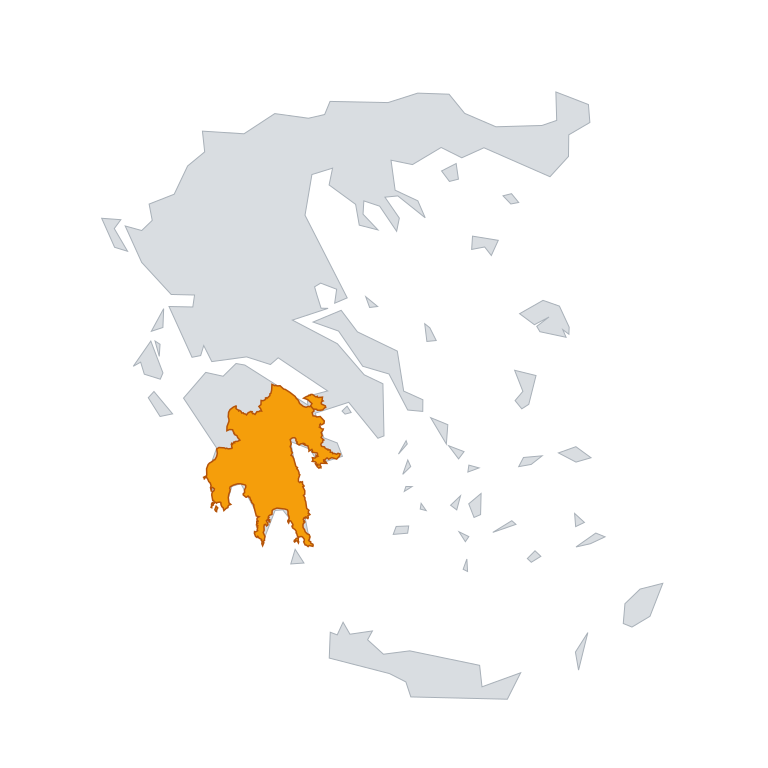 location of Peloponnisoy, Peloponnisos, Greece, rotated 6°
{"feature_id": "26713481B43531359458460", "entity_name": "Peloponnisoy", "entity_type": "district", "adm_level": 2, "iso_a3": "GRC", "parent_name": "Greece", "parent_adm1": "Peloponnisos", "projection": "equal_earth", "projection_center": [22.613, 37.264], "detail": "fine", "context": "in_parent", "style": "filled", "palette": "amber", "viewbox_px": 768, "rotation_deg": 6, "n_neighbors": 0, "source": "geoboundaries", "source_scale": "gbopen_adm2", "svg_char_len": 9866}
<svg xmlns="http://www.w3.org/2000/svg" viewBox="0 0 768 768"><g transform="rotate(6 384 384)"><path d="M524.4,75.6L558.1,84.7L561.4,102.4L541.7,116.9L543.7,138.4L527.4,160.5L458.7,138.6L437.7,150.9L416.1,142.8L389.4,162.8L367.6,160.7L374.8,190.1L398.5,198.3L407.6,214.4L378.1,195.5L365.4,198.1L381.9,217.4L380.6,230.8L361.1,207.6L344.8,204.0L345.4,217.3L361.9,231.4L342.8,228.6L337.0,208.3L308.6,191.8L310.3,174.7L290.4,183.2L287.8,224.4L338.4,302.2L326.5,308.8L327.0,294.7L310.4,290.3L304.8,294.6L308.0,302.6L313.5,315.2L320.5,314.6L286.2,330.0L333.4,348.8L363.3,376.9L382.9,383.9L389.4,435.6L383.6,438.6L350.8,405.9L318.6,420.2L329.8,443.8L343.6,447.5L350.2,460.3L327.4,470.1L317.2,456.5L297.1,451.0L327.5,551.7L296.5,519.8L288.9,521.1L280.6,551.8L276.3,549.2L272.7,528.3L252.1,498.1L243.4,501.7L238.9,525.0L228.2,513.4L217.5,493.3L224.3,465.2L186.1,419.0L205.5,391.1L223.2,393.1L234.7,379.1L243.6,379.7L310.5,412.9L308.7,404.4L328.7,396.8L276.0,369.0L269.0,376.5L244.5,371.4L210.4,379.7L200.7,364.6L198.7,374.9L190.3,377.5L162.1,329.4L185.8,327.4L186.3,315.3L163.0,317.2L130.3,288.4L110.1,253.9L127.0,256.7L136.4,245.5L131.6,229.6L155.5,217.2L165.9,187.7L181.4,171.9L177.0,151.5L218.6,149.8L247.1,126.5L281.1,127.6L296.8,122.2L300.8,108.6L358.6,103.7L387.1,91.2L418.4,89.0L435.9,106.4L468.4,116.5L514.0,110.4L528.2,103.8L524.4,75.6ZM376.3,636.4L398.3,630.8L394.4,640.1L411.7,652.8L437.5,646.7L508.5,653.8L513.1,674.9L550.1,656.9L539.6,684.6L443.4,692.4L436.9,678.0L419.6,671.4L358.2,662.3L356.5,636.5L363.7,638.4L368.2,625.2L376.3,636.4ZM333.7,315.2L352.1,334.9L393.8,349.9L404.3,389.0L424.3,395.6L425.4,407.2L410.3,407.4L387.9,373.5L361.0,368.6L333.3,336.1L307.0,329.8L333.7,315.2ZM550.3,288.2L562.2,308.1L562.7,315.2L556.1,311.2L560.2,318.5L533.6,315.7L529.9,310.7L541.1,300.1L527.4,309.3L511.5,299.9L533.4,284.2L550.3,288.2ZM656.0,599.8L647.0,597.2L646.6,577.3L660.1,561.2L682.1,553.1L672.8,587.2L656.0,599.8ZM530.1,389.1L523.6,394.3L516.1,386.8L522.9,376.8L512.5,356.7L534.3,359.7L530.1,389.1ZM147.6,365.7L163.0,396.1L161.0,402.6L144.6,399.3L139.7,387.7L132.8,392.6L147.6,365.7ZM115.1,278.8L101.8,276.2L85.9,248.7L105.1,248.1L99.5,257.6L115.1,278.8ZM482.6,229.2L477.3,245.0L469.8,237.2L457.1,241.0L456.6,227.7L482.6,229.2ZM581.4,426.3L597.6,435.7L583.1,441.6L564.7,434.3L581.4,426.3ZM436.6,172.5L427.9,175.7L419.0,166.1L432.7,157.2L436.6,172.5ZM156.0,415.5L176.9,435.8L164.7,439.7L151.0,422.3L156.0,415.5ZM493.7,503.8L487.5,507.3L480.8,494.3L492.0,482.7L493.7,503.8ZM451.7,417.8L452.3,437.2L433.9,412.6L451.7,417.8ZM612.7,609.9L607.4,648.2L602.4,630.6L612.7,609.9ZM158.2,350.9L147.1,355.9L157.0,332.1L158.2,350.9ZM323.1,570.4L310.1,572.7L312.9,557.7L323.1,570.4ZM592.0,526.0L610.2,510.1L619.8,512.9L605.9,521.3L592.0,526.0ZM526.6,452.1L530.4,442.5L548.8,438.9L538.8,448.6L526.6,452.1ZM471.8,487.1L469.5,501.6L462.9,497.6L471.8,487.1ZM470.7,442.9L466.0,450.7L454.7,438.6L470.7,442.9ZM431.4,335.3L422.2,337.2L418.2,319.8L423.7,323.3L431.4,335.3ZM499.0,189.4L491.3,191.7L482.7,184.4L490.9,181.4L499.0,189.4ZM423.4,522.6L423.1,529.9L408.9,532.6L411.0,524.4L423.4,522.6ZM529.9,509.8L507.7,520.2L525.4,506.6L529.9,509.8ZM413.4,441.2L405.7,452.2L411.9,438.1L413.4,441.2ZM487.3,457.5L476.6,462.8L476.9,455.8L487.3,457.5ZM558.0,539.0L549.1,545.9L544.8,542.6L551.6,534.1L558.0,539.0ZM597.8,500.7L589.5,505.8L587.1,492.8L597.8,500.7ZM419.2,463.3L412.1,471.9L415.6,457.1L419.2,463.3ZM157.1,367.9L157.6,380.0L151.8,365.2L157.1,367.9ZM484.3,526.9L481.4,532.3L474.0,523.1L484.3,526.9ZM369.6,307.6L361.7,309.4L356.7,299.1L369.6,307.6ZM354.3,415.8L348.4,418.0L345.1,415.3L349.6,409.9L354.3,415.8ZM422.6,483.1L415.4,488.7L416.5,483.6L422.6,483.1ZM484.7,549.4L486.7,561.7L482.1,560.0L484.7,549.4ZM439.2,505.5L433.1,504.6L433.4,498.8L439.2,505.5Z" fill="#d9dde1" stroke="#a8b0b8" stroke-width="1"/><path d="M224.4,466.1L225.5,470.5L225.1,473.8L223.7,477.0L222.2,477.6L221.7,478.7L218.7,480.9L217.5,482.5L216.4,486.8L217.2,492.7L217.0,495.2L218.6,496.9L219.9,499.3L221.6,500.7L222.7,503.3L222.4,504.6L222.6,505.4L224.4,504.8L226.3,506.0L226.1,507.8L224.9,509.0L224.3,510.6L224.3,512.4L225.8,517.6L226.7,517.7L227.5,519.3L229.1,519.3L230.0,520.0L230.4,519.3L233.1,518.6L234.1,518.9L234.6,521.3L235.8,523.2L236.9,523.8L238.0,526.6L239.9,524.3L241.7,523.2L241.7,521.8L242.2,520.8L244.2,519.8L242.2,518.4L241.0,513.2L241.2,509.7L241.9,507.3L242.0,504.8L241.4,503.8L241.8,502.3L244.9,500.2L249.0,498.5L251.7,498.2L256.4,498.9L257.1,499.4L257.3,501.3L256.3,504.0L256.7,506.6L255.5,507.8L255.6,509.0L258.5,511.0L259.2,510.9L260.5,509.6L261.3,510.5L262.3,510.6L263.6,513.5L264.2,513.8L264.6,515.4L267.2,517.9L267.2,519.0L270.8,528.6L273.6,529.1L272.0,530.4L271.7,531.5L272.2,533.1L273.2,533.5L273.1,534.1L271.8,534.1L272.0,535.7L272.7,536.1L271.9,536.8L271.9,537.6L273.4,538.3L272.5,539.4L273.4,540.0L273.1,541.9L273.7,543.1L271.3,544.7L270.7,544.4L270.7,546.0L272.2,549.0L273.7,549.9L274.4,548.7L275.8,550.3L278.5,551.4L278.3,552.4L279.3,553.3L279.2,555.6L280.2,557.5L281.1,554.4L280.2,553.1L281.5,552.1L281.3,550.7L281.6,548.2L279.4,544.3L280.1,541.9L279.5,538.4L279.7,536.5L280.9,535.9L282.0,537.4L283.3,536.2L283.1,535.1L281.3,532.2L282.1,531.3L283.6,531.9L284.2,533.3L284.9,533.0L284.5,532.1L284.7,531.0L282.9,530.3L282.8,529.3L283.5,528.8L282.9,528.3L283.0,527.7L283.9,526.5L286.2,525.4L286.0,521.5L287.1,520.3L290.5,518.6L298.5,518.7L301.1,519.3L301.9,520.9L302.2,523.9L303.2,525.4L303.8,527.4L302.6,530.2L302.8,531.1L303.7,532.2L304.3,529.7L305.6,530.0L308.1,533.2L308.1,534.7L307.3,535.0L307.6,535.6L308.2,536.7L310.8,538.1L312.0,539.6L312.4,540.3L312.1,541.2L312.9,542.0L313.9,544.5L315.2,545.2L317.4,544.3L318.9,544.6L320.9,546.6L321.1,548.4L320.6,549.3L322.4,552.3L323.7,552.4L325.5,553.6L326.4,552.4L330.2,552.9L330.4,551.6L329.9,550.7L327.9,550.1L327.5,548.4L326.4,548.3L325.4,547.3L326.2,545.8L326.0,544.6L326.5,543.9L325.3,541.6L323.2,541.0L321.0,539.1L320.2,537.2L318.5,535.2L318.1,532.5L318.4,531.2L319.0,530.6L319.0,529.7L320.4,529.3L319.1,529.6L318.6,529.2L318.9,528.2L317.9,527.3L318.2,525.8L318.7,525.3L319.5,525.7L319.8,524.5L320.3,524.3L321.0,525.2L322.3,525.8L322.7,525.0L322.1,522.9L324.0,521.6L323.2,520.8L321.5,520.4L322.5,520.5L322.1,518.6L322.6,517.5L320.1,515.8L318.5,509.3L317.2,506.7L317.4,505.6L315.5,503.2L316.7,502.0L316.4,498.5L314.0,494.6L315.1,494.1L315.0,493.4L313.6,492.4L313.1,489.8L312.3,490.3L311.4,489.9L310.5,490.8L309.1,489.8L308.8,487.1L309.8,483.0L308.9,482.4L308.7,480.9L307.6,478.7L306.1,477.3L306.7,476.2L305.0,475.2L302.0,467.6L300.4,465.2L299.0,464.7L300.1,461.8L298.9,460.5L298.6,458.2L297.2,456.1L298.0,453.2L296.5,449.0L298.6,447.1L300.9,446.7L302.3,448.1L302.2,449.1L303.0,450.5L303.7,450.7L303.8,451.5L303.4,451.9L303.7,452.3L305.6,453.4L306.3,453.4L307.1,452.3L309.1,451.8L311.2,452.7L310.5,451.8L309.1,451.4L311.2,451.6L311.9,452.3L311.8,453.0L314.8,453.5L316.4,457.6L316.4,458.6L319.1,456.6L319.9,458.0L319.4,458.9L320.1,459.4L324.6,459.5L325.3,460.5L325.3,462.1L326.0,462.7L325.2,463.1L323.9,462.0L323.9,464.1L323.0,464.9L320.5,464.8L321.3,467.2L320.7,468.4L323.9,468.6L324.8,469.4L324.7,470.2L324.1,470.5L325.1,471.8L326.6,470.7L327.0,471.5L325.7,472.2L326.1,473.1L328.1,474.5L328.8,473.7L330.0,474.0L330.0,472.7L328.6,471.1L329.6,469.4L335.4,468.9L334.7,468.0L333.4,468.3L333.2,467.8L333.6,467.2L333.1,467.0L332.1,467.2L331.9,465.7L334.3,465.4L333.3,465.2L335.1,463.4L336.8,464.6L339.7,462.7L344.8,463.6L347.3,460.3L347.7,458.2L345.5,457.7L344.3,458.8L341.5,458.2L340.3,458.6L339.8,457.4L337.7,457.5L337.7,455.8L337.1,455.1L335.2,455.5L335.1,454.7L333.6,454.7L331.8,453.6L331.4,452.8L328.4,452.5L327.5,450.8L328.0,449.2L329.1,448.5L329.0,446.6L330.0,446.0L327.0,443.7L328.0,441.8L326.6,438.8L328.1,436.3L328.3,435.1L327.2,435.2L324.4,433.7L325.0,433.4L324.3,431.4L324.9,430.4L325.2,431.0L326.2,431.1L328.4,429.5L328.5,427.0L323.9,423.0L320.5,423.8L319.2,423.1L316.7,423.1L315.5,419.9L317.2,418.2L316.7,416.7L313.2,413.4L312.5,414.3L310.9,414.2L309.0,415.3L306.1,414.7L302.1,412.2L300.4,409.1L298.1,407.3L297.0,405.7L291.2,402.1L286.4,399.7L284.7,399.5L280.8,396.6L278.1,397.1L276.4,396.6L275.6,397.1L272.6,396.1L272.9,401.8L272.5,405.0L271.6,405.7L271.7,407.5L269.2,410.4L268.4,409.9L267.6,410.3L267.8,411.5L267.0,412.4L265.3,413.3L263.5,413.2L263.8,417.4L261.9,419.4L263.8,421.4L265.1,423.7L263.1,423.8L262.6,424.5L260.5,424.8L258.9,427.8L257.2,426.9L256.5,427.2L255.5,426.0L255.7,425.3L253.9,425.3L253.5,426.0L252.0,426.6L250.5,429.1L249.6,428.4L247.5,428.1L247.1,427.4L245.5,427.7L244.7,426.2L243.1,425.3L242.3,426.0L241.7,425.0L240.0,424.4L239.2,423.5L239.5,422.1L239.1,421.3L236.6,422.7L233.6,425.5L232.4,428.4L232.5,432.9L233.5,435.4L233.7,437.3L232.3,442.7L232.6,446.9L235.2,445.4L238.2,445.3L239.2,447.4L239.8,447.8L239.8,448.7L240.6,449.2L240.6,449.9L243.1,450.7L244.1,452.6L246.6,454.9L244.3,456.4L242.5,456.6L241.4,457.3L241.5,458.0L240.6,457.6L239.7,459.6L238.7,459.0L238.5,460.2L238.9,460.3L239.1,462.4L239.6,463.0L239.5,463.9L236.0,464.8L234.1,464.3L233.3,464.8L231.8,464.2L226.5,464.4L224.4,466.1ZM324.2,403.5L320.0,404.3L318.9,403.9L318.9,403.3L317.5,403.9L313.9,401.9L312.5,402.0L311.8,402.3L311.8,403.0L310.2,403.1L309.6,404.1L308.1,404.6L305.6,406.5L309.8,407.5L314.4,411.0L313.3,413.4L316.3,416.3L319.7,416.2L320.4,417.1L323.2,416.8L325.7,416.2L327.6,413.7L328.5,413.5L328.0,411.9L324.0,410.5L323.5,409.5L324.0,407.8L325.2,407.2L324.1,406.4L324.2,403.5ZM315.1,548.9L314.9,545.9L312.7,546.8L312.3,547.9L311.2,548.7L311.1,550.0L311.7,550.5L312.8,549.3L314.1,549.1L315.5,551.0L315.7,549.9L315.1,548.9ZM230.8,528.4L230.8,526.6L231.6,524.6L229.8,523.1L228.9,526.7L230.0,528.1L230.8,528.4ZM227.4,520.6L225.7,519.8L225.0,521.5L225.3,523.1L224.9,524.8L225.6,525.0L225.5,523.0L226.9,522.2L226.6,521.2L227.4,520.6ZM215.9,495.9L215.8,494.7L214.4,495.6L215.1,496.3L215.1,497.7L215.9,495.9ZM223.6,509.1L223.7,507.9L223.0,505.5L222.4,505.5L223.6,509.1Z" fill="#f59e0b" stroke="#b45309" stroke-width="1.5"/></g></svg>